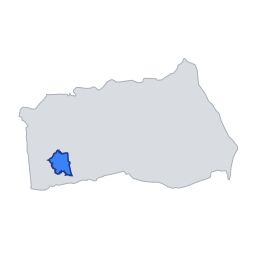 location of Wa East, Upper West, Ghana, rotated 265°
{"feature_id": "2480657B52594370214383", "entity_name": "Wa East", "entity_type": "district", "adm_level": 2, "iso_a3": "GHA", "parent_name": "Ghana", "parent_adm1": "Upper West", "projection": "natural_earth1", "projection_center": [-2.09, 10.084], "detail": "fine", "context": "in_parent", "style": "filled", "palette": "blue", "viewbox_px": 256, "rotation_deg": 265, "n_neighbors": 0, "source": "geoboundaries", "source_scale": "gbopen_adm2", "svg_char_len": 5882}
<svg xmlns="http://www.w3.org/2000/svg" viewBox="0 0 256 256"><g transform="rotate(265 128 128)"><path d="M155.5,22.3L157.4,24.3L157.8,25.4L157.1,29.8L155.8,32.8L154.9,35.7L155.0,37.1L155.9,38.5L158.7,40.8L160.1,42.2L161.8,44.5L163.8,46.6L167.1,49.4L168.5,49.9L168.5,50.7L168.0,51.8L167.7,62.2L167.5,64.9L167.2,66.3L166.9,70.2L166.6,70.8L165.9,70.7L165.4,70.9L165.2,71.6L165.5,72.4L167.5,73.0L167.0,73.6L165.5,74.1L164.9,75.3L165.2,76.7L164.3,77.7L164.6,78.5L165.1,79.0L166.0,78.8L168.3,77.0L169.3,76.8L170.5,77.2L172.8,79.9L172.9,81.3L172.0,85.9L171.1,89.4L170.9,94.2L171.9,96.8L171.7,98.3L170.7,99.5L168.4,101.4L168.6,102.6L169.6,104.9L171.6,107.5L175.5,110.8L177.5,114.9L177.5,116.6L176.4,118.3L175.0,119.8L174.5,122.0L175.2,136.0L172.1,142.1L172.1,143.8L172.4,145.8L173.2,147.0L174.8,147.4L176.1,148.5L175.6,152.8L175.0,157.2L174.8,159.3L174.5,160.3L173.3,161.1L172.8,162.5L173.1,164.2L172.9,165.4L173.6,167.0L175.0,169.1L177.2,174.1L178.0,174.5L178.4,175.5L178.2,176.6L179.1,178.8L181.5,181.0L184.1,182.9L186.2,183.2L186.7,184.9L188.1,187.2L189.1,188.1L190.7,188.8L192.0,189.1L192.1,191.0L189.7,192.2L188.1,194.2L186.9,197.1L185.2,200.3L179.4,202.0L177.2,202.0L165.3,202.1L154.1,208.4L147.7,210.7L143.7,214.3L138.4,216.8L134.7,219.9L127.0,221.4L114.3,226.2L110.3,228.1L106.3,231.5L99.8,235.5L97.3,235.4L92.2,231.7L88.3,229.9L79.0,227.0L71.9,225.9L68.6,224.7L67.6,224.5L68.4,223.2L70.4,223.1L72.4,223.5L74.0,222.5L76.3,222.4L76.9,221.3L77.1,218.6L77.0,216.5L77.8,215.5L78.0,213.0L76.9,207.4L76.1,206.7L72.0,205.9L71.7,204.8L71.0,203.6L70.2,200.7L69.3,196.4L67.9,191.1L65.1,182.3L64.5,179.2L64.0,176.0L63.9,172.2L64.5,170.8L64.4,168.8L64.1,166.9L66.1,162.4L69.9,156.9L70.7,154.9L71.4,153.5L71.5,151.6L72.2,145.2L74.0,137.4L75.1,134.5L75.9,132.9L76.8,130.3L77.1,129.1L80.5,126.1L82.2,125.3L82.5,124.1L82.0,122.8L82.2,121.9L83.0,121.5L84.3,121.1L85.3,119.8L83.8,110.3L82.6,100.8L82.5,100.0L81.8,98.7L81.1,94.7L80.0,92.4L78.3,91.8L78.3,89.6L80.0,86.0L80.4,83.8L79.6,83.2L79.5,81.5L80.1,78.8L79.8,77.1L79.5,75.4L77.8,71.2L77.4,68.3L78.2,66.5L78.2,62.8L77.3,56.9L77.1,53.3L77.8,51.7L77.5,50.3L76.2,48.9L76.1,47.5L77.2,46.2L77.1,45.2L75.7,44.5L74.5,42.7L73.5,39.8L73.7,35.3L75.7,26.9L76.0,26.2L78.2,26.2L78.2,26.6L85.2,26.5L93.2,26.4L102.7,26.3L111.4,26.2L111.8,25.8L113.2,25.4L122.0,26.2L127.5,25.8L129.8,26.1L131.5,26.7L135.3,26.3L137.3,26.5L138.8,28.6L139.4,28.6L140.3,27.7L141.8,26.7L143.3,25.9L144.4,24.3L145.1,23.0L146.1,23.3L147.5,23.2L148.5,22.1L148.9,20.5L155.5,22.3Z" fill="#d9dde1" stroke="#a8b0b8" stroke-width="1"/><path d="M109.6,53.9L109.4,53.6L109.4,53.4L109.4,53.2L109.3,52.9L109.2,52.7L109.1,52.4L109.0,52.5L108.9,52.3L108.7,52.2L108.4,52.1L108.1,51.9L108.0,51.7L107.7,51.7L107.5,51.3L107.4,51.3L107.2,51.3L107.1,51.2L106.9,51.0L106.7,51.0L106.6,50.9L106.2,50.5L106.0,50.4L105.9,50.2L105.7,50.1L105.5,49.9L105.3,49.7L105.1,49.7L104.9,49.5L104.9,49.4L104.9,49.2L104.9,48.9L104.6,48.4L104.4,47.9L104.0,47.4L103.8,47.1L103.7,47.0L103.3,46.6L103.2,46.4L103.0,46.2L102.9,45.8L102.8,46.0L102.7,46.0L102.5,46.5L102.3,46.9L102.3,47.0L102.2,47.1L101.9,47.3L101.5,47.4L101.4,47.5L101.0,47.7L100.8,47.6L100.7,47.5L100.4,47.6L100.4,47.8L100.2,48.1L99.8,48.5L99.7,48.7L99.7,48.8L99.6,49.1L99.4,49.0L99.3,49.4L99.2,49.4L99.2,49.6L99.0,49.4L98.9,49.3L98.7,49.3L98.4,49.2L98.3,49.3L98.2,49.1L98.2,48.9L97.9,48.9L97.7,49.0L97.4,49.1L97.5,49.1L97.3,49.1L97.2,49.0L97.1,48.5L95.0,49.4L95.2,50.0L94.9,50.1L94.7,50.0L94.4,50.0L94.2,50.0L94.0,50.7L93.8,51.0L93.7,51.2L93.8,51.3L93.8,51.5L93.7,51.6L93.3,51.8L93.0,51.8L93.0,52.0L92.9,52.1L92.9,52.3L92.8,52.5L92.7,52.5L92.5,52.4L92.4,52.2L92.3,51.9L92.1,51.7L91.8,51.4L91.6,51.6L91.4,51.6L91.0,51.6L90.8,51.7L90.6,51.6L90.3,51.5L90.2,51.5L89.7,51.6L89.6,51.8L89.4,52.1L89.3,52.4L89.1,52.7L89.0,52.8L88.9,53.2L88.8,53.3L88.7,53.3L88.6,53.6L88.4,53.7L88.3,53.9L88.3,54.0L88.2,54.1L88.2,54.5L88.3,55.0L88.4,55.3L88.4,55.8L88.8,55.7L89.1,55.6L89.3,55.7L89.3,55.9L89.5,55.8L89.8,56.1L89.7,56.1L89.3,56.3L89.2,56.3L89.4,56.8L89.4,57.0L89.3,57.3L89.5,57.4L89.6,57.6L89.9,57.6L90.0,57.6L90.3,57.6L90.6,57.6L90.7,57.8L90.8,57.8L91.0,57.9L91.1,58.0L90.9,58.1L90.8,58.3L90.7,58.4L90.7,58.5L90.4,58.7L90.3,59.0L90.4,59.4L90.4,59.7L90.5,59.8L90.6,60.1L90.4,60.3L90.5,60.5L90.2,60.5L89.8,60.6L89.6,60.9L89.3,61.0L88.9,61.3L89.0,61.4L89.0,61.7L88.9,61.8L88.7,61.8L88.5,61.7L88.4,61.7L88.4,61.8L88.3,62.0L88.0,62.3L87.9,62.4L87.7,62.4L87.6,62.5L87.4,62.6L87.1,62.6L87.1,62.4L86.9,61.9L86.8,61.7L86.6,61.6L86.6,62.1L86.7,62.4L86.8,62.5L86.9,62.9L86.9,63.0L86.6,63.0L86.6,63.5L86.8,63.8L86.8,64.0L86.6,64.2L86.5,64.8L86.4,65.0L86.2,65.3L86.3,65.4L86.2,65.6L85.8,65.7L85.8,65.8L85.8,66.1L85.7,66.5L85.8,66.6L85.9,66.8L85.6,67.0L85.5,67.6L85.8,67.7L85.9,67.8L85.8,68.0L87.7,67.4L89.8,67.0L93.2,66.6L94.5,66.4L95.8,66.1L97.1,66.0L97.2,66.8L97.4,66.9L98.1,67.1L98.3,67.1L98.7,67.1L99.0,67.0L99.2,66.9L99.4,66.6L99.5,66.2L99.6,65.9L99.8,65.7L100.1,65.6L100.3,65.6L103.1,65.6L104.7,65.7L106.1,65.7L107.3,65.8L108.0,65.8L108.2,65.7L108.3,65.6L108.4,65.0L108.6,64.1L108.6,63.9L108.6,63.7L108.6,63.4L108.5,63.2L108.4,63.2L108.4,62.8L108.4,62.6L108.4,62.4L108.4,62.2L108.1,62.1L108.1,61.9L108.1,61.7L108.3,61.6L108.3,61.4L108.3,61.2L108.2,61.1L108.3,60.9L108.2,60.7L108.2,60.3L108.1,60.1L108.1,59.9L108.0,59.6L108.1,59.3L108.3,59.3L108.5,59.3L108.5,59.1L108.6,58.9L108.7,58.7L108.8,58.5L108.9,58.4L109.0,58.4L109.2,58.8L109.3,58.9L109.5,58.5L109.4,58.3L109.5,58.2L109.8,58.3L110.0,58.4L110.3,58.4L110.6,58.0L110.6,57.9L110.3,57.9L110.2,57.8L109.8,57.3L109.8,57.2L110.2,57.2L110.5,57.1L110.7,57.3L110.8,57.4L111.0,57.4L111.4,57.2L111.6,57.1L111.8,57.1L111.7,56.7L111.8,56.3L111.7,56.3L111.7,56.2L111.6,55.9L111.5,55.7L111.4,55.5L111.5,55.4L111.4,55.3L111.3,55.2L111.2,55.3L111.1,55.2L110.8,55.2L110.7,55.0L110.6,54.9L110.5,54.7L110.4,54.6L110.2,54.5L110.1,54.4L109.8,54.3L109.8,54.2L109.7,54.1L109.6,53.9Z" fill="#3b82f6" stroke="#1e3a8a" stroke-width="1.5"/></g></svg>